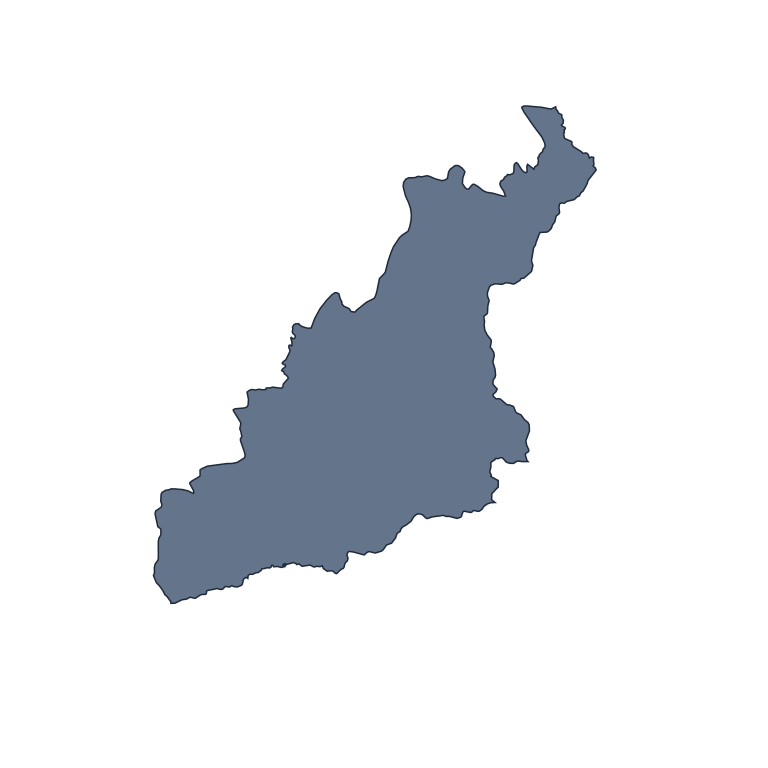 the district of Bagata, Bandundu, Democratic Republic of the Congo, rotated 147°
{"feature_id": "63176286B20425932648522", "entity_name": "Bagata", "entity_type": "district", "adm_level": 2, "iso_a3": "COD", "parent_name": "Democratic Republic of the Congo", "parent_adm1": "Bandundu", "projection": "mercator", "projection_center": [17.479, -3.93], "detail": "fine", "context": "isolated", "style": "filled", "palette": "slate", "viewbox_px": 768, "rotation_deg": 147, "n_neighbors": 0, "source": "geoboundaries", "source_scale": "gbopen_adm2", "svg_char_len": 6134}
<svg xmlns="http://www.w3.org/2000/svg" viewBox="0 0 768 768"><g transform="rotate(147 384 384)"><path d="M682.2,316.1L678.7,314.0L670.8,313.0L666.7,311.1L662.7,310.8L659.5,307.4L658.3,307.0L653.1,307.1L651.0,306.5L648.3,304.8L647.1,305.0L645.6,306.9L644.7,307.0L635.3,303.3L633.3,300.9L631.2,299.8L627.3,300.6L624.2,297.9L621.4,297.7L620.6,296.2L617.7,293.7L613.5,292.8L612.0,293.1L608.0,296.9L604.8,296.9L604.1,295.1L602.2,297.4L600.3,297.6L597.8,295.9L594.4,295.5L592.2,294.4L588.5,294.6L587.0,295.5L583.9,294.0L582.3,293.7L580.1,292.0L578.6,291.9L576.9,293.1L576.1,292.6L576.1,290.8L572.9,289.1L569.8,285.9L567.4,285.2L567.1,285.5L567.5,287.2L565.5,287.6L564.7,286.8L565.5,286.5L566.0,285.1L564.3,285.8L557.3,283.6L555.8,281.5L555.4,280.0L553.3,279.5L552.0,275.7L544.6,272.4L542.9,269.3L541.8,268.3L540.0,267.9L536.9,265.5L534.8,265.2L535.4,262.3L533.6,257.9L529.7,256.0L528.7,254.7L528.0,251.8L526.9,250.7L523.2,251.6L520.1,251.9L518.6,251.5L517.0,252.3L515.0,254.4L513.1,255.3L511.2,255.5L509.2,257.3L508.0,261.2L505.6,262.7L504.2,262.4L501.0,259.6L493.7,251.4L489.9,252.0L487.7,251.6L483.4,247.0L477.2,245.2L474.9,245.4L469.6,247.6L464.3,246.4L458.3,248.5L454.4,251.5L450.8,251.6L448.4,253.4L445.2,254.0L442.7,253.6L435.9,254.2L431.3,256.5L427.4,257.0L424.4,255.4L422.9,253.2L421.9,248.8L421.1,247.6L416.0,246.3L405.8,241.5L404.0,239.1L401.1,237.2L396.0,231.5L392.3,230.5L391.0,230.9L387.6,233.7L386.1,233.7L381.4,229.1L380.4,228.7L377.8,229.2L374.4,225.9L373.0,225.4L369.8,225.6L366.8,227.0L362.5,227.1L359.4,226.4L355.4,224.1L356.8,228.3L353.3,233.3L344.3,235.4L340.8,240.8L344.8,248.3L343.7,249.0L343.1,252.8L339.7,256.0L337.0,260.1L332.2,260.1L331.2,260.8L328.8,259.2L326.6,258.8L324.9,257.7L324.0,251.9L321.9,249.1L318.5,246.8L314.9,246.9L313.1,246.0L310.6,243.8L305.5,240.5L305.8,241.7L304.2,247.4L303.0,248.6L299.5,248.6L298.5,249.8L297.6,255.2L296.0,259.1L287.5,265.5L284.5,270.6L284.2,273.3L285.6,277.5L285.9,283.5L288.6,287.7L288.7,289.2L287.6,294.6L289.9,297.8L292.2,299.7L294.6,307.9L295.5,309.0L298.2,310.6L299.0,314.4L298.2,315.8L294.4,316.5L291.8,318.1L292.7,323.7L292.4,325.1L290.4,327.7L286.9,329.3L285.5,330.8L282.7,336.2L280.7,343.2L276.1,347.7L274.8,350.6L274.5,354.4L275.0,356.7L270.7,361.4L270.2,362.8L270.7,368.8L270.2,374.1L267.6,379.5L265.7,381.5L263.9,385.6L262.9,386.5L259.4,386.7L258.3,387.5L254.5,392.8L250.4,396.7L249.3,401.4L247.5,404.3L242.9,407.9L240.6,408.6L236.0,407.4L230.7,403.3L226.7,402.5L224.0,400.5L221.3,397.5L219.4,396.9L213.3,396.9L211.8,397.9L209.2,396.6L199.9,397.9L198.8,398.2L194.5,402.4L193.3,406.9L185.2,415.8L183.9,417.0L181.5,417.9L179.3,420.0L171.1,425.9L170.0,425.8L164.5,422.6L161.8,422.6L158.9,423.4L155.9,425.7L152.4,427.0L148.2,431.0L144.4,431.5L143.2,432.4L141.2,436.7L138.8,439.3L137.7,439.5L135.8,438.7L134.3,437.4L131.1,437.5L124.0,435.0L120.0,435.8L117.7,435.4L114.6,437.2L111.9,437.4L107.1,439.9L103.8,441.9L102.2,443.5L89.5,447.9L89.1,450.0L89.8,453.0L88.5,453.6L86.0,458.3L84.9,459.4L84.9,460.1L86.5,461.5L88.7,461.7L87.9,464.5L87.9,466.6L89.0,467.9L91.6,469.2L92.0,471.5L95.9,479.9L96.0,482.9L94.8,484.1L94.6,485.2L98.6,491.2L98.6,492.3L97.2,495.7L95.5,497.0L94.6,498.9L93.2,499.1L92.7,499.7L92.5,500.5L94.2,503.5L94.3,504.5L91.9,505.0L89.9,507.4L89.6,510.7L88.3,513.0L90.0,516.0L89.7,519.0L90.1,520.6L89.0,523.0L94.2,523.6L101.3,530.4L112.4,539.1L115.2,540.9L117.3,541.2L118.0,540.6L118.5,535.6L118.1,520.2L117.1,504.9L118.1,498.2L119.7,495.2L122.6,494.3L124.5,492.5L127.4,492.1L129.1,491.5L130.1,490.3L131.3,490.3L132.0,489.6L132.7,487.4L135.5,484.2L139.4,484.0L141.3,482.5L143.9,490.0L145.5,489.0L148.4,484.0L149.9,484.0L151.1,485.3L151.8,488.2L151.8,496.1L152.3,497.5L154.0,497.6L155.8,496.6L159.4,491.4L161.1,490.3L164.6,490.9L166.4,492.5L167.4,491.8L170.4,491.7L172.2,490.5L175.6,490.5L177.9,488.7L178.6,486.0L178.6,480.5L179.7,475.5L181.4,476.2L188.8,484.7L193.5,488.9L195.6,492.3L197.8,499.0L199.6,502.3L200.4,503.0L202.2,502.9L206.4,501.5L207.5,501.6L208.2,502.3L209.0,504.4L209.1,509.3L205.8,513.8L200.8,517.6L200.5,518.7L200.9,522.4L202.3,525.9L203.5,527.4L205.6,528.5L211.8,528.0L214.5,526.5L218.8,521.9L221.8,521.9L224.8,523.1L229.4,528.3L232.7,533.4L234.6,535.3L239.5,537.2L242.5,539.7L245.6,540.2L251.0,543.5L254.2,543.9L257.7,542.4L260.3,539.4L263.5,530.1L264.6,522.6L266.3,516.3L269.2,510.5L272.5,506.2L276.8,501.9L280.6,499.0L287.1,499.0L291.1,498.4L301.1,494.1L306.3,490.6L313.5,484.9L321.9,477.2L323.1,476.6L330.4,474.9L339.5,465.6L342.9,462.7L345.5,461.2L354.2,462.1L366.3,460.9L369.2,460.1L372.1,462.6L372.2,466.1L375.3,471.2L375.7,474.2L374.7,475.5L374.3,479.3L372.7,484.4L374.3,486.7L375.7,487.3L379.1,487.2L386.4,485.5L396.6,482.0L406.4,476.7L414.7,470.6L417.9,472.6L421.3,476.6L422.5,479.3L422.7,481.1L423.5,481.2L424.9,482.5L427.3,482.8L429.7,481.6L430.5,479.8L432.4,477.9L432.9,476.2L432.1,473.4L432.6,471.9L433.5,471.3L435.0,471.1L435.7,471.5L436.4,473.6L437.1,473.4L438.0,470.2L439.3,467.7L440.7,466.3L441.6,467.9L442.7,468.1L443.9,466.6L444.5,463.5L445.4,462.4L453.1,457.8L456.4,457.6L458.1,456.9L457.8,455.4L456.4,453.5L456.8,452.7L457.7,452.1L461.1,451.8L462.6,450.9L461.4,448.7L462.0,446.7L461.1,444.5L460.8,441.6L461.5,440.8L468.6,438.8L470.5,436.5L472.6,436.5L479.2,442.1L482.0,442.9L484.1,444.4L485.3,444.7L486.2,443.7L489.7,445.8L491.5,447.6L495.4,449.2L497.4,451.1L499.7,452.0L503.3,451.8L506.0,445.0L509.4,440.4L511.3,439.4L514.1,439.9L522.1,444.2L524.3,444.6L524.9,443.7L525.2,430.1L525.7,428.7L529.4,424.9L530.0,421.9L531.9,417.3L534.2,416.3L535.2,414.7L538.2,402.7L539.6,399.3L541.2,398.1L549.8,398.2L554.5,400.0L559.2,402.9L576.9,411.3L582.8,412.2L585.1,412.1L587.9,407.6L589.0,406.9L597.7,407.3L600.6,407.0L601.1,406.3L601.8,398.4L602.9,396.2L603.8,396.3L606.3,400.8L610.2,405.0L616.6,410.0L619.7,412.0L622.1,412.5L625.0,413.8L629.2,414.0L631.0,412.9L635.0,407.4L636.0,403.8L637.0,402.7L638.3,402.0L644.6,401.9L646.7,399.9L651.4,387.6L650.3,384.4L650.6,383.1L653.3,379.0L656.6,377.4L659.1,374.8L668.2,360.7L669.7,359.3L673.9,357.7L676.5,355.2L679.4,350.6L681.7,348.9L683.1,341.4L682.3,337.4L682.0,331.4L682.5,326.8L681.7,323.9L681.4,317.4L682.2,316.1Z" fill="#64748b" stroke="#1e293b" stroke-width="1.5"/></g></svg>